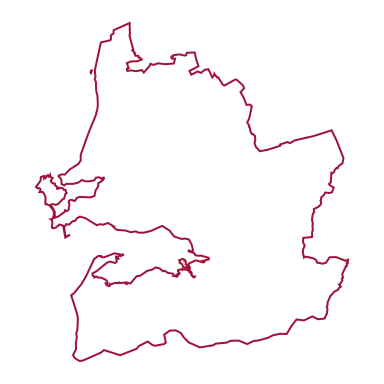 Tralee Lea-7, Kerry, Ireland
{"feature_id": "5873133B69138340953371", "entity_name": "Tralee Lea-7", "entity_type": "district", "adm_level": 2, "iso_a3": "IRL", "parent_name": "Ireland", "parent_adm1": "Kerry", "projection": "albers", "projection_center": [-9.78, 52.294], "detail": "fine", "context": "isolated", "style": "outline", "palette": "rose", "viewbox_px": 384, "rotation_deg": 0, "n_neighbors": 0, "source": "geoboundaries", "source_scale": "gbopen_adm2", "svg_char_len": 5867}
<svg xmlns="http://www.w3.org/2000/svg" viewBox="0 0 384 384"><path d="M100.9,42.4L94.8,70.5L95.5,77.3L94.7,78.9L95.9,82.1L96.2,90.8L97.5,96.0L97.8,105.0L97.3,109.4L95.7,115.5L88.7,132.5L80.7,154.8L80.7,160.4L78.4,163.9L69.4,169.7L64.9,174.6L61.7,174.4L58.9,175.4L58.6,176.4L60.3,177.9L61.4,180.1L61.6,184.1L64.3,185.4L66.3,183.9L73.1,183.9L78.4,182.5L82.0,180.0L85.4,181.3L89.2,181.3L94.3,180.3L96.0,177.7L99.2,177.3L101.4,178.8L103.1,177.6L104.7,177.9L103.5,178.2L103.7,178.9L102.5,180.7L98.3,183.1L98.2,186.3L95.6,190.4L94.5,195.9L90.5,197.4L79.5,196.9L76.6,198.1L75.4,200.4L74.2,201.1L71.9,199.8L69.6,200.3L68.7,201.2L69.5,205.1L68.9,206.4L68.9,209.2L68.1,210.3L66.6,211.1L64.9,210.3L64.9,211.7L58.3,216.5L53.9,218.0L55.0,216.1L54.6,214.2L54.9,212.4L52.5,207.4L49.9,205.2L52.3,204.1L55.9,204.8L58.3,203.9L62.7,199.1L64.2,198.5L65.2,194.3L66.7,193.0L65.8,191.8L65.6,189.9L63.7,189.7L63.0,188.3L59.0,187.8L58.5,188.8L57.1,188.8L57.3,186.9L55.0,185.3L54.9,183.6L52.4,183.2L50.7,181.0L52.6,178.0L50.5,176.9L50.1,174.9L49.5,176.2L48.5,175.5L48.5,176.6L46.7,175.7L45.4,178.4L44.6,178.4L44.4,177.3L44.1,177.8L44.0,176.0L40.9,177.0L40.5,180.8L36.0,187.0L37.5,188.2L39.8,188.3L40.6,189.9L39.5,192.1L42.8,192.0L44.8,195.1L45.6,197.6L45.3,202.6L46.0,203.8L45.1,204.9L46.5,204.0L49.5,205.4L53.3,210.2L53.9,213.0L53.7,216.2L52.1,219.2L50.9,219.3L52.0,220.1L52.4,223.1L51.8,227.6L53.1,228.3L55.9,227.5L59.5,224.5L63.2,225.7L65.3,237.6L70.0,234.7L66.6,236.4L65.2,235.2L64.0,226.5L65.3,225.9L65.9,224.2L69.3,224.5L72.5,221.3L75.1,220.9L76.8,218.3L79.9,216.6L85.3,218.1L96.9,225.3L99.5,224.2L103.1,224.7L107.9,223.0L112.5,225.6L112.0,225.6L115.7,229.1L117.7,230.0L125.5,230.5L130.6,232.2L135.8,231.4L138.2,232.6L143.6,232.7L150.8,231.0L162.1,225.9L169.3,230.4L174.2,236.5L181.7,239.0L184.9,238.5L188.9,239.5L191.5,244.2L193.1,250.5L192.6,251.8L188.9,250.5L188.7,251.3L194.5,253.3L194.9,254.7L196.4,255.6L201.3,255.7L208.7,257.8L208.8,259.4L202.6,260.9L204.2,262.0L203.4,262.5L195.8,260.3L188.7,263.6L188.9,265.8L190.1,267.8L189.3,270.4L191.7,272.5L191.5,274.7L193.1,276.4L195.0,276.5L194.7,277.1L193.4,277.4L191.3,274.9L190.8,272.9L188.8,271.6L187.9,267.5L187.0,268.3L187.0,269.9L182.8,269.1L182.4,270.0L181.3,269.2L178.0,270.2L178.0,271.1L179.2,272.6L176.2,275.4L178.1,275.0L176.7,276.3L177.6,275.8L177.2,276.7L177.7,277.0L176.1,276.5L175.7,275.6L175.0,276.2L173.8,276.0L174.5,275.6L173.8,275.6L173.0,273.7L167.8,272.9L164.7,270.7L163.1,271.3L159.7,268.5L155.8,267.4L152.3,269.6L147.4,270.8L140.3,275.6L136.6,276.3L130.5,283.4L127.0,282.9L126.8,284.1L125.5,283.6L126.0,282.4L119.8,283.1L118.6,282.4L117.6,283.3L115.8,282.8L111.3,284.1L110.2,285.1L109.9,284.5L109.5,286.0L108.7,286.2L107.2,284.9L105.9,285.5L107.2,284.0L106.6,283.9L104.8,282.9L107.3,283.6L107.3,281.5L106.0,279.9L101.3,277.7L97.8,277.5L97.1,276.6L94.7,277.3L95.0,276.6L92.8,275.9L92.5,273.4L96.7,271.1L106.9,262.8L109.9,261.6L115.2,263.0L116.7,261.6L116.2,258.5L119.3,259.0L116.2,257.6L115.9,256.5L118.2,256.6L119.9,255.4L120.9,256.1L124.0,254.4L121.3,254.7L114.6,253.3L103.8,257.4L100.6,256.9L101.7,256.5L101.2,256.0L98.2,256.0L94.1,259.1L86.1,276.2L81.3,284.3L74.0,293.2L71.2,295.3L76.7,312.6L77.9,317.9L77.4,329.6L76.2,333.4L76.9,337.2L75.8,342.9L76.1,348.9L73.0,355.1L74.8,358.1L79.5,361.0L83.0,360.5L101.1,352.5L104.0,350.1L120.1,355.2L136.6,348.8L139.1,345.9L147.8,341.5L152.2,344.9L154.9,345.8L164.2,344.0L165.8,342.7L164.2,334.7L169.7,330.6L175.6,330.4L178.5,331.6L181.2,333.4L183.8,337.4L188.7,342.4L199.9,347.4L213.0,345.3L215.9,343.6L226.3,342.7L230.7,340.8L238.8,340.6L247.3,344.1L253.5,341.0L259.0,340.4L268.5,337.6L272.9,335.3L280.0,333.8L286.7,334.0L291.7,325.6L296.5,319.5L304.0,320.4L312.4,316.4L317.7,319.2L324.5,318.6L327.1,313.1L327.4,308.2L326.7,306.9L327.6,304.8L327.5,302.8L330.2,296.3L334.2,291.7L338.1,289.7L338.7,288.3L340.9,286.7L339.0,284.5L340.0,284.1L342.4,280.5L341.8,278.6L343.1,277.6L342.2,274.2L346.0,266.0L346.7,266.1L346.8,263.2L347.7,263.3L348.0,259.8L345.7,260.8L336.1,257.1L329.6,257.3L326.0,262.7L322.9,263.7L317.1,262.6L316.1,260.0L313.7,258.5L308.4,257.1L305.2,256.8L304.0,257.6L302.9,252.4L303.0,249.5L304.7,245.9L302.9,241.8L303.3,237.9L312.1,237.0L312.1,232.0L312.8,230.4L312.5,225.1L312.9,224.4L312.0,219.5L312.6,215.2L313.6,212.3L314.2,212.2L313.8,209.1L318.4,206.8L320.6,204.7L321.2,202.3L320.5,200.6L321.3,198.9L321.1,197.6L324.3,194.4L325.2,192.5L329.0,193.0L332.0,192.3L333.7,187.5L329.8,185.2L329.0,183.9L330.8,182.4L331.4,172.8L332.3,173.4L334.3,171.7L334.5,170.2L336.5,167.9L337.6,168.3L338.6,166.1L342.5,163.2L343.5,158.1L336.4,140.1L331.6,130.3L313.5,136.1L295.0,140.3L289.8,143.2L287.7,142.0L280.1,144.5L280.3,145.6L277.9,146.5L267.5,149.8L259.9,151.2L255.9,147.0L254.5,142.9L255.3,140.0L255.0,136.0L252.8,134.0L251.7,134.1L250.0,129.9L250.2,128.6L249.0,126.8L249.4,125.9L247.2,122.4L249.2,118.5L251.8,106.4L250.2,104.6L246.5,104.9L243.4,97.0L240.5,92.2L244.2,88.2L242.8,85.2L236.8,79.8L235.3,79.5L224.5,85.5L222.7,84.6L218.2,77.3L217.0,77.4L214.3,73.7L213.9,75.5L212.3,77.4L208.4,69.2L204.5,69.9L201.1,72.9L197.6,71.5L191.3,74.7L189.5,70.9L198.5,66.2L196.3,59.7L194.7,52.5L186.8,52.8L186.1,55.2L184.5,55.6L179.9,54.4L173.4,55.1L173.2,56.2L171.5,56.4L171.2,57.6L171.8,58.5L175.0,58.7L173.9,63.4L172.9,63.6L165.1,64.2L158.1,63.3L153.5,64.9L150.4,63.8L150.0,65.4L143.8,72.6L141.9,70.1L135.7,71.2L131.5,70.4L127.3,70.9L126.9,68.7L128.7,68.1L126.8,63.1L130.9,61.5L137.5,61.2L141.7,59.6L140.0,57.6L138.7,57.7L138.3,55.9L135.4,55.7L134.5,53.6L135.0,53.1L132.5,50.5L133.4,50.3L129.4,35.3L129.9,34.6L129.6,23.0L113.6,30.2L113.5,33.5L110.9,35.3L110.9,39.6L110.1,40.3L100.9,42.4ZM185.0,267.5L187.4,266.6L186.7,264.7L185.6,264.2L185.9,261.8L185.3,260.5L184.4,260.8L184.3,259.6L182.6,258.9L179.2,260.3L180.0,261.3L179.6,262.8L182.2,264.1L183.0,266.9L185.0,267.5ZM92.1,69.7L90.8,70.9L90.5,72.5L90.9,73.1L92.1,69.7Z" fill="none" stroke="#9f1239" stroke-width="2"/></svg>